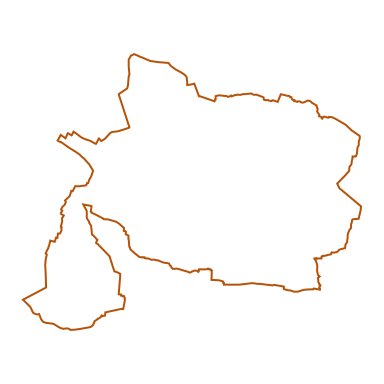 the district of Ban Mo, Saraburi, Thailand
{"feature_id": "78962969B66109940408415", "entity_name": "Ban Mo", "entity_type": "district", "adm_level": 2, "iso_a3": "THA", "parent_name": "Thailand", "parent_adm1": "Saraburi", "projection": "natural_earth1", "projection_center": [100.715, 14.612], "detail": "fine", "context": "isolated", "style": "outline", "palette": "amber", "viewbox_px": 384, "rotation_deg": 0, "n_neighbors": 0, "source": "geoboundaries", "source_scale": "gbopen_adm2", "svg_char_len": 5890}
<svg xmlns="http://www.w3.org/2000/svg" viewBox="0 0 384 384"><path d="M256.1,94.6L254.9,94.8L253.5,94.7L252.4,94.2L251.6,93.6L251.1,93.5L245.8,94.1L243.1,94.1L242.1,94.3L241.4,94.7L240.9,94.8L238.7,94.8L237.6,94.6L236.9,94.7L236.0,95.2L234.7,95.1L231.8,96.4L231.0,95.5L229.5,96.6L228.1,96.8L227.8,96.8L227.2,96.3L226.4,96.1L219.1,95.3L215.7,96.1L215.6,97.4L215.6,99.5L215.1,99.5L214.5,101.3L199.6,96.1L199.0,96.3L194.3,83.7L190.0,84.7L187.2,85.0L187.2,81.9L186.8,79.0L186.7,78.0L186.3,76.4L184.0,74.3L181.5,72.6L175.5,69.4L170.7,65.8L168.8,63.3L168.1,62.9L158.9,62.2L150.4,61.0L138.7,56.1L134.1,54.1L133.1,54.7L130.9,55.6L129.6,58.1L128.7,59.5L128.7,66.1L129.4,74.6L128.7,76.5L128.0,85.2L127.1,88.5L118.9,94.0L118.8,94.6L129.4,127.3L129.3,127.6L127.4,128.3L118.0,131.3L112.1,132.0L110.3,132.9L105.6,138.1L104.3,139.2L102.8,140.2L101.1,141.0L99.9,139.4L99.0,138.4L98.9,138.4L96.1,143.8L95.9,143.9L93.9,142.9L90.2,140.8L84.9,139.1L81.2,137.3L76.9,134.0L73.5,131.7L71.8,135.2L71.6,135.4L68.1,133.2L67.8,133.2L65.5,138.3L60.7,134.9L59.2,137.7L57.6,140.6L60.8,142.3L61.1,142.1L69.5,148.0L75.8,151.9L79.4,154.4L81.7,156.7L83.9,158.4L89.2,164.3L93.1,170.7L91.5,175.4L90.7,177.3L89.3,179.6L88.1,183.1L87.0,183.2L86.2,185.3L85.6,185.3L84.5,185.6L81.5,185.9L79.9,186.2L77.1,186.3L75.2,186.2L72.6,191.3L71.3,190.9L69.7,196.1L65.0,200.5L65.9,202.0L64.6,204.9L63.1,206.2L62.3,207.1L61.1,209.4L62.3,210.8L60.9,212.7L60.8,213.3L61.4,214.1L62.4,214.8L63.7,215.4L63.8,215.5L63.0,216.9L62.0,218.1L62.2,221.5L60.8,226.8L61.7,227.3L61.4,228.9L61.5,230.3L60.1,233.5L57.9,233.6L57.4,237.9L56.1,237.6L54.7,241.8L50.3,240.6L49.4,244.4L48.0,248.8L47.0,250.3L45.7,253.4L46.7,254.5L46.8,254.7L45.7,259.4L45.2,265.0L45.7,274.3L46.1,287.5L23.0,299.7L30.3,306.9L33.1,312.7L33.9,313.3L36.3,314.3L37.4,314.4L39.1,314.1L41.2,319.3L42.8,321.6L45.6,322.8L52.8,323.7L54.1,324.2L57.6,326.4L60.4,328.0L63.2,328.8L67.0,328.4L67.9,328.5L69.2,328.9L70.4,329.9L75.5,329.6L79.7,329.0L88.8,327.4L90.8,326.8L91.7,326.2L93.2,324.7L93.6,323.9L93.8,323.0L94.2,322.8L94.5,321.2L97.3,319.4L97.7,318.7L98.4,318.7L101.5,316.6L101.4,315.6L101.8,315.4L102.3,316.0L102.7,316.0L105.0,315.6L105.3,313.7L105.3,312.4L119.9,309.2L121.6,308.9L123.2,309.0L124.6,301.8L124.9,299.3L124.7,298.8L124.8,297.8L124.5,297.5L124.1,296.8L124.0,296.1L123.3,296.0L122.7,296.3L122.2,295.9L121.0,295.6L121.2,294.6L118.7,294.3L120.2,276.1L120.2,273.8L118.2,272.7L114.3,271.3L114.2,270.2L113.6,269.1L109.5,256.2L97.6,243.9L96.2,243.2L96.1,242.6L96.6,241.4L97.4,239.9L93.3,235.5L92.4,234.9L92.0,234.3L91.9,233.6L91.1,225.7L89.2,222.8L89.4,222.2L87.6,219.4L87.2,218.9L86.7,217.2L86.8,215.1L86.7,210.8L83.3,204.5L90.5,205.8L91.5,206.2L90.8,211.7L91.4,211.9L91.4,212.5L91.7,212.8L96.1,214.8L103.3,218.6L103.5,219.1L105.1,219.3L107.7,219.3L114.0,221.1L116.5,221.9L119.1,223.7L124.0,228.0L123.8,230.9L124.1,231.1L125.4,231.3L125.9,231.5L125.8,234.3L128.3,235.5L128.5,235.9L128.4,239.0L128.7,239.4L129.3,246.7L129.5,247.1L129.8,247.2L130.4,249.4L134.9,253.4L139.4,257.0L141.6,257.3L142.4,257.5L142.6,257.5L142.7,257.2L144.6,257.3L144.8,258.1L145.0,258.3L148.5,258.5L150.9,259.6L151.8,259.8L153.5,259.6L155.8,260.0L157.4,260.5L158.0,260.3L161.8,262.0L162.8,262.3L164.6,262.8L167.9,263.2L169.1,263.6L169.9,265.5L170.7,265.9L171.3,267.2L172.0,268.1L172.5,268.4L172.9,268.9L177.1,268.6L187.3,271.6L189.9,272.6L191.5,271.9L191.9,271.5L192.6,271.4L194.2,270.6L195.5,270.6L197.5,270.9L197.8,271.1L197.9,271.5L198.3,271.9L198.7,271.5L199.0,269.3L204.0,269.4L208.3,269.1L208.3,268.7L209.4,269.0L210.7,269.5L210.6,270.1L211.8,270.4L211.5,279.9L219.3,280.3L221.4,281.0L223.2,281.5L223.3,283.1L224.0,283.2L223.9,284.6L237.2,284.7L239.9,284.6L252.3,283.1L257.8,283.9L260.3,283.9L272.5,285.4L274.4,284.9L283.9,286.6L283.7,288.8L283.9,289.1L284.2,289.2L287.3,290.1L291.0,290.6L293.5,291.6L294.4,291.7L297.1,291.7L298.0,291.6L303.4,289.9L307.1,289.5L313.3,289.3L313.6,288.6L314.4,288.7L314.6,288.6L319.9,289.7L320.1,288.9L319.9,288.4L319.3,287.6L319.2,287.3L319.3,287.0L320.3,286.0L320.4,285.3L320.0,284.7L319.2,284.5L319.1,283.3L318.3,282.0L318.3,279.7L317.9,278.8L318.0,277.7L319.0,277.2L319.7,276.4L318.2,275.2L318.0,274.8L317.5,272.9L317.1,270.5L317.3,267.1L317.1,264.4L315.8,260.8L314.4,258.5L316.6,258.1L316.8,258.2L317.0,258.7L319.5,258.4L321.3,258.5L321.6,256.6L322.2,256.6L322.5,256.0L323.0,256.0L323.1,255.8L324.4,255.8L326.3,255.5L327.6,255.0L331.0,254.3L331.2,254.1L331.5,252.6L331.8,252.3L333.8,252.6L336.4,252.2L337.6,251.6L339.2,249.7L345.0,248.1L345.4,246.1L345.3,245.0L347.2,241.9L347.2,240.6L347.6,238.3L347.7,235.1L347.9,233.6L349.6,229.6L350.7,228.6L350.9,228.1L351.1,226.4L351.0,225.7L351.1,224.0L351.7,222.9L352.1,220.0L352.6,219.4L353.5,219.2L358.6,218.8L360.6,210.5L361.0,206.3L339.4,188.2L337.2,183.6L345.5,175.1L349.2,170.9L349.4,167.2L349.6,166.6L351.3,164.5L351.6,163.3L351.9,160.4L352.3,159.2L352.6,156.5L353.5,156.8L354.3,156.3L355.4,156.5L355.9,156.4L356.2,155.4L356.8,154.1L357.5,147.7L357.7,147.1L358.8,145.0L358.7,141.9L359.5,139.4L359.8,138.0L359.8,136.7L359.7,136.1L359.6,135.9L351.8,130.5L345.6,124.7L335.4,118.8L332.4,117.3L328.9,116.9L328.7,117.1L328.6,117.6L327.9,117.7L326.0,117.0L324.0,116.6L322.8,117.3L322.4,118.6L321.8,118.3L321.2,117.0L319.0,116.2L319.4,115.0L317.1,111.5L317.4,111.0L317.5,109.7L317.7,108.5L317.1,107.8L316.6,105.5L316.0,105.5L315.6,104.9L312.1,102.9L311.0,101.7L309.8,101.0L308.5,100.6L307.6,100.6L304.1,102.3L302.7,102.6L301.2,102.4L300.5,101.8L299.0,101.3L298.0,101.2L297.1,101.9L295.4,101.2L294.2,101.1L294.3,100.0L292.5,99.8L291.7,98.6L291.5,97.3L290.8,97.0L290.1,97.0L289.1,95.9L288.7,95.8L287.7,95.9L283.4,94.8L280.8,94.3L277.7,101.9L277.2,101.6L275.6,101.3L274.8,100.8L272.7,100.3L272.2,100.4L271.8,101.0L271.6,101.1L268.8,100.6L268.5,100.3L268.1,100.1L265.1,100.1L264.1,99.8L263.8,99.6L263.8,99.4L263.8,98.6L263.7,97.9L263.5,97.5L262.9,97.1L260.7,96.2L256.1,94.6Z" fill="none" stroke="#b45309" stroke-width="2"/></svg>